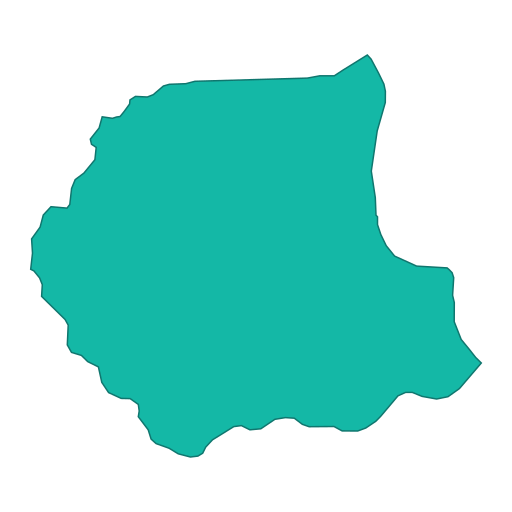 outline of Cabricán, Quezaltenango, Guatemala
{"feature_id": "79465075B20493832744336", "entity_name": "Cabricán", "entity_type": "district", "adm_level": 2, "iso_a3": "GTM", "parent_name": "Guatemala", "parent_adm1": "Quezaltenango", "projection": "albers", "projection_center": [-91.651, 15.106], "detail": "fine", "context": "isolated", "style": "filled", "palette": "teal", "viewbox_px": 512, "rotation_deg": 0, "n_neighbors": 0, "source": "geoboundaries", "source_scale": "gbopen_adm2", "svg_char_len": 1444}
<svg xmlns="http://www.w3.org/2000/svg" viewBox="0 0 512 512"><path d="M481.3,363.0L475.7,357.5L469.0,349.0L461.2,339.5L454.2,321.7L454.3,302.6L452.6,295.3L453.7,277.7L452.1,272.7L449.0,269.5L447.1,267.9L416.6,266.1L394.6,256.1L386.2,245.7L380.8,234.5L377.5,224.6L377.5,216.8L376.0,215.2L375.3,197.6L371.3,171.1L377.2,130.9L385.3,102.5L385.4,91.3L383.9,84.1L378.5,73.0L371.1,59.1L367.3,55.0L343.3,69.9L334.3,75.8L319.8,75.8L307.4,78.1L194.9,81.3L185.8,83.7L169.4,84.3L163.4,86.0L153.2,94.7L147.3,97.0L135.5,96.4L130.0,99.9L129.6,104.0L125.6,109.5L123.9,111.8L120.1,116.5L116.5,117.0L112.5,118.3L102.2,116.8L99.1,128.0L90.3,139.1L91.5,144.3L96.2,147.4L94.9,159.7L83.9,173.1L75.2,179.6L71.6,188.4L69.8,204.5L67.0,208.1L51.0,206.7L43.3,215.0L40.1,227.1L31.6,238.9L32.5,253.2L30.7,269.3L33.9,270.9L39.6,277.9L42.3,284.7L41.6,296.4L65.1,319.5L68.2,325.1L67.3,344.9L71.5,352.4L81.4,355.4L87.7,361.6L98.4,366.9L101.8,382.4L108.6,392.6L121.2,398.4L130.1,398.6L138.3,404.4L139.2,411.0L138.3,416.7L148.2,429.8L151.1,439.1L156.1,443.6L169.0,448.2L178.2,453.8L190.4,457.0L197.9,456.1L202.7,453.2L205.7,447.1L212.5,439.8L233.8,426.6L241.4,425.6L249.9,429.8L260.8,428.8L274.9,419.3L285.4,417.6L294.3,418.2L302.3,424.3L309.1,426.7L334.0,426.5L342.1,430.9L357.7,431.0L365.8,428.0L375.9,421.2L380.6,416.4L398.0,395.8L405.6,392.4L412.3,392.4L422.1,396.4L436.6,399.0L448.0,396.7L459.4,388.6L481.3,363.0Z" fill="#14b8a6" stroke="#0f766e" stroke-width="1.5"/></svg>